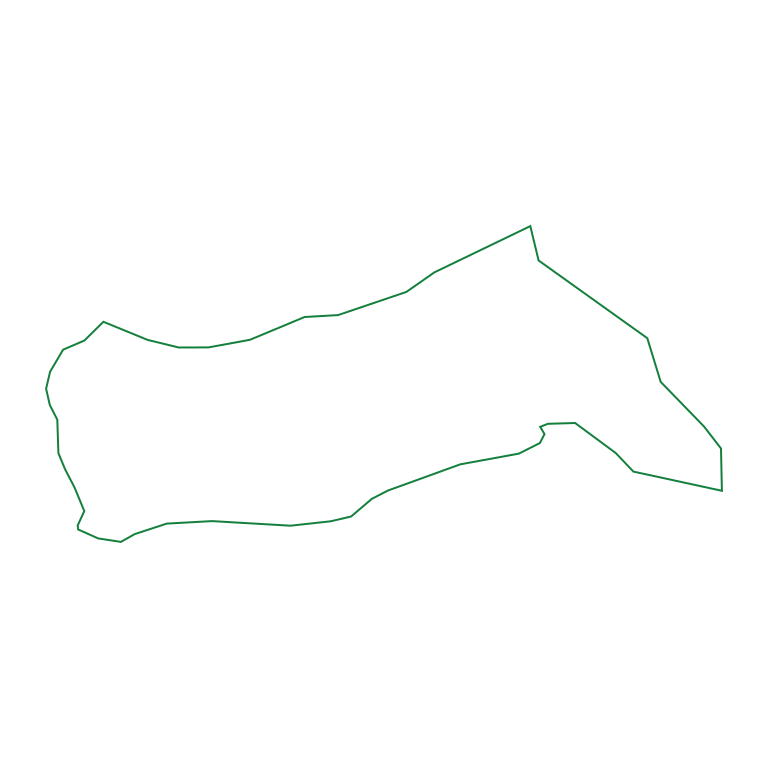 SVG path tracing the border of Pivka
{"feature_id": "SVN-977", "entity_name": "Pivka", "entity_type": "Statistical Region", "adm_level": 1, "iso_a3": "SVN", "parent_name": "Slovenia", "parent_adm1": "", "projection": "equal_earth", "projection_center": [14.213, 45.688], "detail": "fine", "context": "isolated", "style": "outline", "palette": "green", "viewbox_px": 768, "rotation_deg": 0, "n_neighbors": 0, "source": "natural_earth", "source_scale": "10m", "svg_char_len": 690}
<svg xmlns="http://www.w3.org/2000/svg" viewBox="0 0 768 768"><path d="M530.3,226.1L538.6,260.5L647.3,338.2L660.7,381.9L704.0,426.5L721.0,448.5L721.9,490.8L633.4,471.6L615.8,453.1L575.1,423.0L547.9,423.8L540.2,426.8L544.5,434.1L539.9,443.0L518.9,453.6L460.4,464.3L388.0,490.5L371.9,498.8L351.1,516.5L330.6,521.3L290.5,525.7L212.0,521.1L166.8,523.6L134.7,534.1L120.9,541.9L98.1,538.4L78.2,529.5L77.7,525.4L84.3,511.1L74.5,487.4L65.0,469.1L58.4,453.1L57.3,419.7L49.8,405.0L46.1,388.7L50.1,371.7L63.1,349.7L84.4,340.5L103.4,321.8L147.6,339.9L178.7,347.5L208.4,347.4L249.9,339.8L304.6,317.0L338.0,315.1L406.4,291.9L434.3,272.4L530.3,226.1Z" fill="none" stroke="#15803d" stroke-width="2"/></svg>